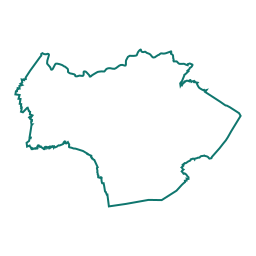 Yurécuaro, Michoacán, Mexico (Robinson projection)
{"feature_id": "50627088B45879442922010", "entity_name": "Yurécuaro", "entity_type": "district", "adm_level": 2, "iso_a3": "MEX", "parent_name": "Mexico", "parent_adm1": "Michoacán", "projection": "robinson", "projection_center": [-102.23, 20.294], "detail": "fine", "context": "isolated", "style": "outline", "palette": "teal", "viewbox_px": 256, "rotation_deg": 0, "n_neighbors": 0, "source": "geoboundaries", "source_scale": "gbopen_adm2", "svg_char_len": 5575}
<svg xmlns="http://www.w3.org/2000/svg" viewBox="0 0 256 256"><path d="M42.4,53.2L42.2,53.4L41.3,53.9L41.2,54.9L41.3,55.6L40.1,57.0L30.2,70.6L25.7,77.5L25.8,79.1L23.9,79.3L24.0,80.1L21.7,79.5L22.3,82.5L22.2,82.7L20.5,83.8L22.2,85.0L19.4,85.9L19.6,88.5L17.9,88.2L18.1,89.1L17.2,89.4L17.0,91.2L15.9,91.3L15.4,94.4L19.6,95.0L18.5,98.8L20.5,99.0L20.2,100.9L20.0,101.1L20.1,101.7L19.7,103.8L21.2,104.1L20.9,106.1L21.3,106.3L21.4,106.5L21.1,107.9L21.7,107.9L21.4,110.3L21.0,111.7L22.9,112.3L27.2,107.8L27.7,107.7L28.8,110.9L29.1,110.9L29.3,111.5L30.1,111.8L29.9,114.3L32.5,115.4L31.0,117.4L30.0,116.7L29.1,117.4L30.1,118.5L30.2,118.9L32.0,119.9L31.9,120.9L31.3,120.8L31.2,121.0L31.2,122.9L31.4,123.3L31.4,124.0L31.5,124.7L32.1,124.6L31.4,125.5L31.0,128.5L29.6,137.2L30.8,137.5L30.7,137.8L30.6,138.2L29.6,138.0L29.1,140.9L26.6,142.8L27.1,146.6L29.6,145.6L29.9,146.4L30.8,147.4L31.2,147.7L31.2,148.3L31.5,148.3L32.0,148.1L32.3,148.4L32.1,149.1L32.4,149.1L32.6,148.4L33.1,148.7L33.6,148.8L34.2,148.4L35.1,148.8L35.6,148.5L35.7,148.1L36.2,148.1L36.8,148.6L37.4,148.5L37.5,148.3L37.4,148.1L37.6,147.0L37.3,146.5L38.2,145.3L38.7,145.4L38.7,146.1L39.1,146.4L39.7,146.2L40.0,146.3L40.2,146.9L40.9,146.6L41.2,147.1L41.9,147.5L42.4,148.0L43.0,148.2L43.4,148.7L43.6,148.5L44.1,148.5L44.4,149.1L44.7,149.1L44.8,149.0L44.6,147.8L44.7,147.4L45.3,147.7L45.9,146.8L46.6,146.9L47.0,148.0L47.3,147.6L48.0,147.6L48.3,147.1L48.7,147.0L49.0,147.6L49.2,148.4L49.7,148.3L49.9,148.1L49.5,147.9L49.5,147.6L49.9,146.5L50.3,146.5L51.4,146.7L51.7,147.1L51.9,147.0L51.9,146.4L52.7,146.1L53.1,146.2L53.5,147.1L53.6,146.7L54.2,146.4L54.5,147.3L54.8,147.1L55.3,147.3L56.9,146.6L58.2,145.6L58.8,145.3L59.6,145.5L63.0,144.1L63.7,142.4L64.5,141.5L64.7,141.4L65.3,141.6L65.0,143.2L66.5,143.4L67.9,142.1L68.8,143.8L69.2,144.4L69.0,146.8L69.1,147.1L69.4,147.3L71.4,147.7L73.6,148.5L75.3,148.6L76.4,148.9L83.0,151.0L87.8,153.9L87.6,154.2L91.2,155.7L90.9,156.5L90.9,156.8L91.2,157.0L91.8,157.3L91.9,157.6L91.7,158.0L91.8,158.3L92.1,158.6L92.7,158.7L93.4,159.6L94.3,159.9L97.7,167.3L97.1,167.7L96.9,168.1L97.5,171.1L97.2,172.1L97.7,173.2L97.7,174.6L97.9,175.0L98.4,175.4L98.1,176.9L98.2,177.3L99.9,177.8L100.3,177.3L100.5,177.3L100.8,177.2L101.4,177.4L101.7,177.9L101.4,178.8L101.5,180.0L101.7,181.7L102.1,183.1L102.3,183.3L103.6,183.2L104.2,186.2L105.0,191.3L105.3,191.8L105.7,191.9L106.8,194.7L107.4,194.6L108.9,206.4L126.0,203.9L148.5,199.9L161.7,200.1L176.5,190.7L181.8,184.9L183.7,183.1L185.0,182.1L184.9,180.8L185.8,180.8L186.6,180.6L186.6,178.7L187.2,179.0L188.5,178.9L188.5,177.3L187.3,176.1L186.3,174.6L186.0,174.4L185.7,174.1L184.7,173.4L184.0,173.8L183.6,173.8L182.8,172.6L181.9,171.6L182.1,171.5L182.0,171.0L183.4,169.6L182.9,169.4L182.2,168.1L182.2,167.8L181.6,167.4L183.3,165.8L182.6,164.9L183.6,164.0L183.9,164.1L184.1,163.9L184.3,163.5L184.7,163.1L185.6,163.2L185.9,163.1L188.3,161.4L190.2,160.6L190.5,160.2L190.7,159.4L191.3,159.1L191.8,159.1L192.7,158.7L193.6,158.7L194.0,158.8L194.5,159.4L194.7,158.7L196.8,158.2L197.9,157.7L199.1,157.7L199.6,157.5L200.4,156.6L200.8,156.3L201.3,156.1L203.0,155.9L204.3,155.6L204.4,155.8L206.9,156.4L208.1,157.1L209.1,158.4L209.4,158.6L211.4,158.2L212.0,156.8L219.6,148.2L223.1,143.7L225.8,140.4L227.8,137.3L231.3,131.1L240.6,115.9L239.1,113.2L229.8,107.2L226.8,105.6L225.7,105.5L225.0,105.1L220.3,101.8L205.2,92.0L206.5,90.1L204.5,90.7L203.9,90.5L203.9,89.9L203.1,90.0L202.4,89.8L200.2,88.5L199.0,87.6L198.0,86.0L197.2,84.4L196.9,83.6L197.6,82.7L195.6,82.3L194.8,81.5L194.6,82.2L193.2,82.1L193.6,82.0L193.6,81.2L192.7,80.9L192.8,81.0L191.3,81.9L190.4,80.1L189.8,80.2L189.4,80.6L189.2,81.3L188.3,81.0L188.4,80.9L186.7,80.7L185.8,81.2L185.1,81.2L184.8,81.9L184.3,82.0L184.4,82.4L183.5,83.0L182.9,83.5L181.9,85.4L181.0,84.8L180.8,84.9L180.5,85.5L180.2,83.4L180.7,82.6L181.2,83.0L184.5,75.0L184.0,75.5L184.3,74.9L185.8,73.8L189.2,70.5L186.7,71.5L189.4,69.0L189.8,68.0L190.1,67.7L190.6,67.5L191.3,67.0L192.1,65.9L192.5,65.0L192.4,64.6L189.8,63.5L187.9,64.1L187.7,65.2L186.0,64.7L185.4,64.4L183.9,63.8L180.8,63.9L179.3,63.8L178.4,63.2L176.9,61.6L176.6,61.4L173.8,61.4L173.4,60.7L173.6,60.0L173.6,59.3L173.1,57.9L173.2,57.3L173.0,55.6L172.8,55.1L172.4,54.6L171.0,53.8L170.9,52.8L170.9,52.4L171.1,52.2L171.3,52.1L171.3,51.9L171.0,51.4L166.0,53.2L164.7,53.5L163.1,53.6L161.9,53.4L161.0,53.4L160.0,53.9L159.0,54.8L158.1,55.1L156.2,56.3L155.0,57.2L153.7,57.5L153.0,57.4L152.2,56.8L150.3,54.5L149.0,53.7L146.8,52.9L145.5,51.9L145.0,51.7L143.5,52.1L142.4,52.0L141.9,51.8L141.7,51.6L141.2,51.0L140.9,49.8L140.7,49.6L140.4,49.7L139.7,50.1L138.9,51.0L138.3,51.7L137.6,53.0L136.9,54.9L136.5,55.4L135.4,55.7L133.5,55.9L129.7,55.8L127.9,56.9L126.1,60.3L125.9,61.5L125.9,64.4L125.8,64.9L125.5,65.5L124.8,65.6L122.4,64.9L120.7,65.0L119.2,65.7L116.0,68.1L114.5,68.8L112.7,68.7L110.2,68.2L108.9,68.2L107.8,68.4L106.8,68.8L106.0,69.4L105.3,70.4L104.6,71.2L104.2,71.5L101.3,71.4L99.5,71.6L97.8,71.9L96.8,72.4L94.1,74.0L92.0,75.3L91.1,76.2L90.2,76.6L89.7,76.5L89.6,76.3L89.6,75.7L89.3,75.3L86.8,72.6L85.8,71.7L84.8,71.4L84.0,71.5L83.8,71.7L83.6,72.1L83.7,73.9L83.6,74.6L83.5,75.1L82.8,75.9L81.1,75.8L79.5,75.6L77.1,76.3L76.0,76.3L75.5,76.2L75.3,76.0L75.2,75.8L75.1,75.0L74.4,74.4L72.2,73.8L70.2,73.4L69.7,73.2L68.3,72.3L68.0,71.8L68.1,70.7L67.8,69.1L67.5,68.7L65.1,66.7L64.2,66.4L62.7,65.4L62.0,65.0L59.7,64.2L57.5,63.7L55.9,63.7L55.4,64.1L55.1,64.4L52.9,68.7L52.5,69.2L51.8,69.7L51.5,69.7L51.2,69.6L50.8,68.9L50.5,67.9L50.1,67.1L47.5,64.1L47.2,63.7L47.1,63.2L47.3,60.7L48.9,55.3L48.9,54.5L48.5,54.0L47.7,53.8L45.9,54.3L44.1,54.1L42.4,53.2Z" fill="none" stroke="#0f766e" stroke-width="2"/></svg>